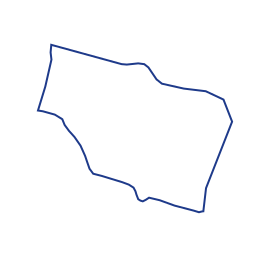 the border of Novo Selo, rotated 287°
{"feature_id": "MKD-2999", "entity_name": "Novo Selo", "entity_type": "Statistical Region", "adm_level": 1, "iso_a3": "MKD", "parent_name": "North Macedonia", "parent_adm1": "", "projection": "orthographic", "projection_center": [22.854, 41.429], "detail": "fine", "context": "isolated", "style": "outline", "palette": "blue", "viewbox_px": 256, "rotation_deg": 287, "n_neighbors": 0, "source": "natural_earth", "source_scale": "10m", "svg_char_len": 736}
<svg xmlns="http://www.w3.org/2000/svg" viewBox="0 0 256 256"><g transform="rotate(287 128 128)"><path d="M164.5,225.7L93.3,220.2L70.4,224.4L70.3,224.1L69.5,222.6L68.2,220.5L68.2,215.1L67.4,195.2L68.2,179.4L67.5,168.5L64.5,166.0L62.2,163.6L62.2,161.6L62.2,161.1L62.9,158.6L66.7,155.6L69.7,153.6L72.6,150.7L74.1,145.3L74.5,138.3L74.5,126.4L74.5,117.0L74.1,108.1L77.8,103.1L84.5,98.2L88.7,95.2L97.2,87.8L103.8,79.4L108.0,72.4L112.4,66.5L117.2,62.6L119.4,54.1L119.1,41.7L118.4,36.8L123.5,36.8L143.5,36.8L171.0,34.8L177.6,31.9L184.7,30.4L185.1,30.3L187.2,103.2L188.3,108.3L192.8,118.9L193.8,124.9L191.9,129.8L182.8,141.1L180.3,147.5L182.0,169.8L185.9,191.6L183.1,211.0L164.5,225.7Z" fill="none" stroke="#1e3a8a" stroke-width="2"/></g></svg>